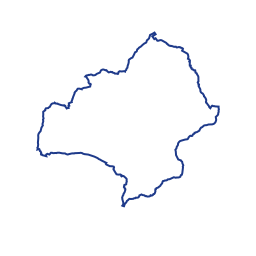 Nehoiu, Buzau, Romania, rotated 241°
{"feature_id": "2599482B62990087944995", "entity_name": "Nehoiu", "entity_type": "district", "adm_level": 2, "iso_a3": "ROU", "parent_name": "Romania", "parent_adm1": "Buzau", "projection": "orthographic", "projection_center": [26.301, 45.424], "detail": "fine", "context": "isolated", "style": "outline", "palette": "blue", "viewbox_px": 256, "rotation_deg": 241, "n_neighbors": 0, "source": "geoboundaries", "source_scale": "gbopen_adm2", "svg_char_len": 5813}
<svg xmlns="http://www.w3.org/2000/svg" viewBox="0 0 256 256"><g transform="rotate(241 128 128)"><path d="M195.1,186.6L194.0,185.5L193.9,185.2L194.0,183.3L193.6,181.0L193.0,178.8L192.9,176.5L192.4,175.5L192.3,174.3L192.0,173.9L191.0,173.0L190.8,172.7L190.7,172.0L190.8,170.9L189.1,168.6L187.4,166.0L187.6,164.8L187.3,162.1L186.8,161.4L185.4,160.7L184.0,159.5L182.4,157.7L181.0,156.7L180.7,155.6L179.6,154.5L179.5,153.7L179.1,153.0L178.8,152.8L179.6,152.1L180.5,149.9L181.7,148.2L181.6,147.0L181.0,146.5L180.8,146.0L180.2,145.6L180.2,145.3L180.9,145.0L181.2,144.1L181.6,143.5L182.0,143.1L182.1,142.8L182.8,142.6L183.7,141.6L184.6,141.4L184.8,141.2L184.9,140.5L185.6,140.0L185.7,139.1L186.0,138.1L187.6,137.4L188.9,137.2L189.3,136.9L189.3,136.4L191.0,135.0L191.4,134.2L191.5,133.8L191.5,132.3L190.1,130.3L190.5,126.9L190.4,126.2L190.2,125.7L190.2,125.1L190.3,124.5L191.0,122.9L192.3,122.1L192.8,121.4L193.1,120.0L193.5,119.4L193.6,118.5L194.0,117.4L194.1,116.6L193.7,115.6L193.0,116.3L190.8,116.4L189.6,116.6L188.0,116.3L186.9,115.5L185.4,115.7L185.0,116.1L184.8,116.6L184.4,116.6L184.1,116.5L183.6,115.8L182.6,115.0L183.7,110.7L184.5,108.9L184.7,106.6L184.3,106.3L185.8,104.8L186.7,103.2L186.7,102.9L185.7,101.2L185.3,99.4L184.7,98.3L184.3,98.2L181.7,95.0L180.3,93.6L180.3,93.3L179.6,92.8L178.8,91.7L178.4,91.5L177.9,91.4L178.3,88.2L177.4,87.7L176.0,87.5L176.1,86.7L175.7,86.7L175.2,86.1L174.3,85.8L174.8,84.6L174.8,83.9L176.3,83.7L177.7,83.6L177.9,83.8L178.8,83.3L179.0,82.8L178.8,82.6L180.6,80.5L183.2,78.2L183.5,78.2L184.1,77.1L184.5,76.7L185.3,76.3L185.0,76.1L185.3,75.8L185.8,74.7L186.0,74.1L186.1,72.9L185.5,71.5L184.4,69.9L184.4,68.6L184.1,67.9L185.0,65.7L184.3,64.5L183.6,64.2L183.4,62.0L183.3,61.7L180.8,60.4L179.2,59.3L177.3,58.8L177.1,58.6L176.7,57.8L175.0,57.2L173.0,55.2L172.4,54.9L171.6,54.8L170.3,52.5L167.6,50.0L167.1,48.5L166.7,47.7L166.3,47.0L165.3,46.0L162.9,44.8L158.7,42.0L157.2,41.5L155.0,39.9L154.7,39.2L153.8,39.0L153.1,38.4L153.0,39.2L152.4,39.7L152.6,40.1L152.4,40.2L150.5,39.8L150.0,40.2L149.4,40.1L148.7,40.2L147.4,39.2L146.9,39.1L146.6,39.3L146.4,40.0L145.6,40.1L145.0,40.7L144.5,41.4L143.6,42.1L142.9,42.9L143.9,43.1L144.3,43.4L144.5,43.8L144.5,45.0L142.9,46.4L143.7,48.5L143.2,49.5L142.4,50.2L142.1,50.7L141.4,52.3L140.7,53.4L140.7,54.0L139.8,55.8L137.6,58.4L136.3,60.6L135.0,61.4L134.0,62.5L133.7,64.1L133.4,64.9L133.2,65.9L132.6,67.4L132.2,67.9L132.0,68.7L131.7,69.0L131.7,69.4L129.7,73.4L129.3,74.5L128.9,75.0L128.4,75.6L127.5,76.1L126.3,77.2L124.0,80.4L119.3,84.7L116.3,86.9L115.1,87.3L114.0,88.2L112.4,89.1L108.1,92.1L107.9,91.4L107.6,91.2L106.7,91.3L105.6,92.0L105.1,92.4L103.4,93.6L102.2,95.6L101.1,96.8L100.3,96.7L99.5,95.9L99.4,95.6L98.7,95.2L98.0,95.4L97.2,95.3L93.1,95.5L92.1,96.7L91.6,97.5L91.2,98.6L90.7,99.0L89.9,99.4L89.4,98.8L88.8,98.9L88.7,100.1L88.0,100.9L85.5,101.8L84.1,102.1L83.1,101.6L82.4,101.1L81.6,100.9L81.1,100.1L79.7,99.2L79.6,98.5L80.0,97.3L78.9,96.2L78.3,95.8L77.8,96.2L76.6,95.7L76.1,96.1L75.3,95.8L73.4,93.8L72.6,92.2L71.8,91.6L71.2,90.5L69.8,89.0L69.1,88.9L68.4,88.5L64.9,87.7L63.4,86.7L62.8,85.4L62.0,86.0L61.5,86.6L62.7,87.8L63.4,89.0L63.5,89.6L63.9,90.6L64.7,91.6L64.9,93.1L65.3,94.2L65.3,95.0L64.5,96.1L63.7,97.9L63.5,98.4L63.6,99.3L63.1,100.3L63.3,101.2L62.8,101.7L62.3,103.1L62.4,103.9L63.1,105.0L63.5,105.3L63.3,107.6L62.3,108.2L61.4,109.4L61.0,109.8L60.0,110.1L59.6,111.0L58.8,111.5L57.9,113.2L57.7,114.2L57.8,114.6L58.2,115.0L58.2,115.3L57.6,115.6L57.3,116.0L57.4,117.6L57.9,118.2L57.6,118.9L57.9,119.7L59.2,121.2L60.0,121.5L61.1,122.2L60.9,122.7L61.6,123.6L61.3,125.9L61.6,126.5L61.6,127.2L61.8,128.3L62.3,129.0L63.1,131.1L64.0,131.9L64.6,132.7L64.6,133.1L64.3,133.6L64.3,134.5L63.5,136.4L63.5,137.0L63.8,137.7L63.1,139.5L63.0,140.1L62.7,144.2L61.3,145.7L61.2,146.3L60.2,148.3L60.0,149.3L60.0,150.1L61.1,151.3L61.0,152.4L62.2,153.6L66.9,157.0L67.7,157.2L68.6,158.3L70.5,158.4L72.3,159.0L73.4,158.5L74.0,158.6L76.1,156.7L81.0,156.9L84.3,158.4L86.0,158.9L86.6,160.4L87.8,161.4L88.9,163.4L90.3,164.4L91.0,165.8L91.3,166.9L91.3,167.3L91.1,168.5L90.2,172.4L89.4,174.4L89.5,175.3L90.4,176.4L90.9,177.9L91.0,178.8L90.1,179.8L90.0,180.5L90.9,181.6L90.9,183.1L91.5,183.8L91.2,184.1L91.2,184.4L91.4,185.0L91.0,186.2L91.1,189.1L92.0,190.2L92.9,192.0L92.8,193.4L93.3,195.5L93.1,196.6L92.4,198.1L92.0,200.2L90.4,203.3L90.1,204.6L90.1,205.7L90.7,207.3L91.9,208.7L92.6,209.2L95.1,210.1L95.7,212.5L96.0,213.1L96.5,213.7L97.3,214.1L98.1,215.1L99.6,215.8L100.2,216.5L102.0,217.1L102.8,217.6L104.7,214.6L105.3,214.1L105.8,213.1L106.6,212.6L106.7,212.3L106.4,211.3L105.4,209.6L106.6,209.2L108.5,209.4L110.1,209.0L111.1,209.1L112.3,208.6L113.2,208.9L113.3,209.1L113.9,209.6L114.9,210.1L115.6,210.1L116.0,210.3L118.0,210.1L118.8,209.8L119.6,210.2L121.7,210.1L122.1,210.0L122.9,209.4L124.0,209.1L125.1,209.2L126.8,210.0L130.6,210.1L131.0,210.8L131.6,211.2L132.3,210.8L132.9,211.1L134.1,211.1L134.4,211.6L134.6,212.2L138.5,214.3L139.4,214.5L142.1,214.4L142.4,214.6L143.8,213.9L144.5,214.3L145.8,214.7L146.2,213.8L147.4,213.5L147.9,212.7L149.2,212.3L149.4,212.3L149.6,212.7L150.0,212.8L151.0,212.3L151.7,212.4L152.0,212.7L152.0,212.9L152.2,213.1L152.3,213.0L152.5,212.6L152.7,212.4L153.0,212.7L153.5,212.7L155.7,214.1L156.0,214.1L156.4,213.8L156.6,214.1L156.6,214.6L157.1,214.9L158.6,214.7L159.5,214.0L160.9,215.3L163.0,216.0L164.2,216.0L169.4,212.8L170.6,214.5L170.9,214.5L171.9,213.9L172.9,212.8L173.2,212.9L174.1,211.9L174.7,209.9L175.0,209.5L175.9,209.3L176.3,208.4L176.5,208.2L176.6,207.7L177.9,206.6L178.3,206.1L178.6,206.0L178.9,205.2L179.7,204.6L179.9,204.1L181.6,203.3L182.3,203.3L182.8,202.8L183.8,202.8L188.5,199.9L189.2,198.9L189.7,196.6L190.1,196.0L193.1,195.6L193.0,194.1L196.3,193.7L196.6,197.6L198.6,197.4L198.5,194.9L198.7,192.5L196.2,189.9L196.0,189.2L195.7,188.6L195.7,187.6L195.1,186.6Z" fill="none" stroke="#1e3a8a" stroke-width="2"/></g></svg>